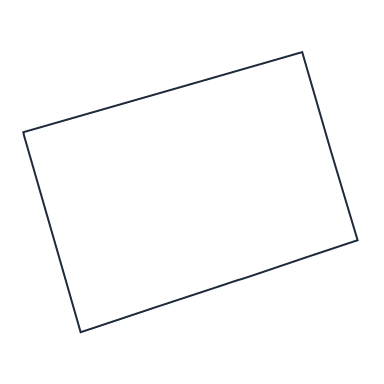 Greene, Mississippi, United States of America, rotated 74°
{"feature_id": "52423323B4006821929898", "entity_name": "Greene", "entity_type": "district", "adm_level": 2, "iso_a3": "USA", "parent_name": "United States of America", "parent_adm1": "Mississippi", "projection": "equal_earth", "projection_center": [-88.55, 31.217], "detail": "fine", "context": "isolated", "style": "outline", "palette": "slate", "viewbox_px": 384, "rotation_deg": 74, "n_neighbors": 0, "source": "geoboundaries", "source_scale": "gbopen_adm2", "svg_char_len": 393}
<svg xmlns="http://www.w3.org/2000/svg" viewBox="0 0 384 384"><g transform="rotate(74 192 192)"><path d="M87.9,47.5L88.0,158.0L88.0,337.6L91.3,337.9L226.8,337.7L296.1,337.7L296.0,336.5L296.0,335.8L292.8,260.3L289.8,183.1L289.7,182.3L289.3,171.9L289.4,168.1L289.0,158.1L286.2,99.3L284.4,56.0L284.4,55.8L284.0,46.1L190.9,47.2L87.9,47.5Z" fill="none" stroke="#1e293b" stroke-width="2"/></g></svg>